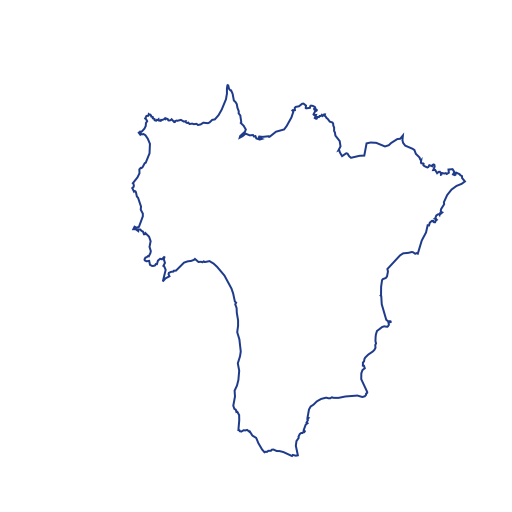 the district of Bangka Barat, Bangka-Belitung, Indonesia, rotated 296°
{"feature_id": "22746128B47433230053131", "entity_name": "Bangka Barat", "entity_type": "district", "adm_level": 2, "iso_a3": "IDN", "parent_name": "Indonesia", "parent_adm1": "Bangka-Belitung", "projection": "orthographic", "projection_center": [105.522, -1.841], "detail": "fine", "context": "isolated", "style": "outline", "palette": "blue", "viewbox_px": 512, "rotation_deg": 296, "n_neighbors": 0, "source": "geoboundaries", "source_scale": "gbopen_adm2", "svg_char_len": 6120}
<svg xmlns="http://www.w3.org/2000/svg" viewBox="0 0 512 512"><g transform="rotate(296 256 256)"><path d="M407.4,226.3L406.1,225.9L404.2,227.0L403.2,225.0L402.7,224.9L402.2,226.3L396.1,227.1L386.4,226.6L382.1,225.8L376.5,219.5L369.2,216.0L368.8,215.5L369.2,214.9L366.0,209.8L364.8,206.5L364.0,206.5L363.6,207.2L363.8,209.9L362.3,208.3L361.8,204.8L363.5,202.9L362.5,201.9L363.4,200.3L361.7,197.5L361.4,193.0L357.8,191.4L355.2,189.5L356.9,189.2L362.9,191.6L365.2,191.4L367.6,187.9L368.9,184.0L369.8,184.1L375.4,180.3L376.6,177.9L378.6,177.0L381.0,174.4L384.0,172.2L385.3,170.3L386.1,167.9L391.5,163.9L393.9,161.1L393.6,160.6L394.4,158.5L397.1,156.3L397.2,155.7L396.9,155.5L393.9,156.4L389.2,158.7L383.7,160.3L372.4,161.0L366.1,160.6L360.7,159.1L359.2,157.0L355.7,155.7L354.3,154.6L352.7,150.2L350.0,148.6L348.3,146.4L348.7,144.6L347.2,142.3L347.0,140.6L345.5,138.4L346.2,136.6L345.5,136.1L345.3,135.1L345.7,133.9L346.3,133.7L345.2,132.3L345.4,128.8L343.0,126.0L342.9,125.2L341.6,124.0L340.8,124.3L340.5,123.8L341.9,120.2L340.6,119.7L339.6,118.4L339.5,117.7L340.4,116.6L340.2,114.9L339.5,114.8L339.9,113.9L339.0,113.7L337.2,112.1L336.7,111.0L335.7,111.1L335.2,109.4L336.2,108.5L335.1,108.1L334.9,107.2L333.8,106.9L333.6,105.4L334.6,104.8L334.5,102.9L335.6,102.4L335.4,100.7L336.3,100.1L336.7,98.8L336.3,98.3L336.5,97.4L334.8,97.7L333.9,96.2L331.0,96.1L330.9,97.0L329.5,99.1L327.3,98.8L324.5,99.9L321.6,99.9L317.8,98.8L316.9,98.1L317.0,97.5L316.2,97.5L316.1,96.9L315.4,96.6L314.3,98.8L315.4,99.2L315.3,100.2L316.3,101.4L316.1,103.6L314.0,107.3L310.3,111.5L301.6,115.3L291.5,116.0L290.7,115.3L286.1,115.1L284.8,114.5L284.7,113.8L282.7,113.2L279.3,115.0L274.7,115.0L267.4,113.4L267.1,114.3L265.8,115.3L264.6,115.7L262.8,115.0L260.4,118.1L261.1,118.3L261.3,119.2L260.7,120.1L257.2,122.9L256.7,124.4L250.0,131.0L247.1,132.1L244.5,135.7L242.0,136.9L230.9,138.0L229.1,136.3L229.1,134.0L226.3,134.0L227.3,136.1L226.8,139.2L228.3,138.6L229.1,140.3L228.4,142.1L228.4,143.7L226.4,145.8L226.9,146.6L228.1,146.6L226.5,151.4L223.1,154.8L217.5,156.3L214.3,159.3L212.4,159.8L208.7,159.8L208.7,159.0L206.9,158.2L206.1,157.3L204.1,157.3L203.3,158.0L203.3,160.0L204.8,162.1L201.6,164.6L201.5,167.1L202.4,168.5L203.3,169.4L204.8,169.5L205.2,170.5L208.9,169.9L211.5,171.1L211.8,172.9L215.5,174.1L212.6,174.6L209.9,177.2L206.5,177.1L206.4,178.1L203.9,180.9L192.3,183.4L196.3,184.5L199.8,187.1L201.4,185.3L202.7,185.1L204.6,186.7L205.8,188.6L206.7,188.6L207.8,190.5L218.5,194.2L221.3,197.0L223.1,199.8L225.4,202.0L226.6,202.4L225.4,206.9L226.7,209.1L226.9,210.6L228.3,211.4L228.0,212.3L228.5,213.2L231.0,216.4L230.6,221.2L229.2,225.8L224.6,236.2L216.0,248.2L212.3,251.9L205.9,256.9L205.3,258.6L203.5,258.5L200.7,261.4L196.6,263.6L190.3,268.1L185.4,270.5L179.3,272.5L173.8,277.6L163.4,284.2L158.8,285.6L151.6,286.7L145.5,291.2L136.9,294.5L131.2,295.7L125.6,295.8L120.5,298.7L111.5,301.2L109.1,303.6L109.0,305.2L107.2,306.8L107.8,307.5L105.6,310.6L100.9,313.0L91.8,316.5L92.1,317.5L91.4,318.2L91.8,319.8L94.0,321.3L94.5,322.8L95.8,324.3L95.0,327.6L95.4,327.6L93.0,331.5L92.6,335.9L88.8,340.2L84.8,346.2L83.3,349.7L84.4,350.6L84.7,351.7L86.3,352.5L87.5,354.8L88.8,355.1L89.7,356.5L89.8,360.1L91.0,362.7L91.8,366.6L92.0,376.0L93.3,376.3L94.0,379.4L95.2,381.0L102.9,375.0L107.4,373.5L111.2,374.1L112.3,373.4L115.3,373.4L116.8,374.3L117.3,375.4L119.3,375.9L119.1,376.6L119.9,376.7L120.3,375.2L126.3,374.6L128.3,375.6L128.6,374.4L131.3,374.6L131.9,373.6L133.5,374.2L133.5,373.1L141.3,370.9L144.7,371.1L147.5,372.8L152.0,374.4L156.1,377.2L159.4,381.1L160.0,383.8L160.7,385.1L162.3,386.2L162.4,387.6L164.6,392.3L168.9,397.9L175.0,408.3L175.9,413.4L177.6,415.3L179.6,415.8L180.6,415.3L181.8,415.9L182.5,415.6L191.4,404.6L196.7,402.1L200.2,401.7L202.8,403.0L204.7,401.1L204.3,400.1L207.2,398.8L208.5,399.3L211.1,398.6L212.6,398.7L216.6,400.1L221.5,402.9L223.7,403.6L225.9,403.6L228.3,402.2L230.1,402.2L231.8,400.7L235.4,399.1L237.9,398.2L241.6,397.6L247.5,400.5L249.0,402.1L249.9,405.0L250.6,405.4L252.4,405.6L254.1,404.3L255.7,406.0L256.2,405.7L256.2,405.1L255.2,403.3L255.8,401.0L267.7,390.2L274.8,386.2L275.1,385.4L275.5,385.6L283.3,381.9L289.5,379.9L290.8,380.1L293.1,382.3L295.1,382.7L299.9,381.4L301.9,379.8L319.7,385.2L322.9,387.1L325.7,391.7L327.9,394.3L328.2,395.7L327.8,398.1L329.0,399.1L329.0,400.4L342.6,398.2L351.7,398.5L358.9,396.8L359.3,398.1L362.2,397.6L364.7,398.7L365.3,399.8L364.6,400.1L364.4,401.3L364.9,402.2L366.2,402.0L367.7,402.6L367.9,400.8L368.4,401.4L369.0,400.5L371.4,400.3L373.1,401.2L373.9,402.2L373.4,403.0L374.9,402.7L374.9,403.5L376.8,404.3L376.8,403.0L377.4,402.3L379.5,401.8L385.0,402.4L386.7,401.3L394.6,401.1L401.4,402.6L406.9,405.5L411.0,409.2L414.6,411.1L416.4,407.1L418.1,406.1L418.2,404.1L418.8,403.2L418.7,399.5L417.9,399.1L416.6,399.7L415.8,399.2L415.7,397.3L418.5,397.4L420.2,394.6L418.1,391.1L415.4,392.8L413.8,391.8L413.3,391.4L413.7,390.3L412.7,389.1L412.1,386.7L410.4,386.9L410.1,386.6L411.3,386.0L412.3,384.3L411.7,383.3L409.8,382.5L411.9,379.3L410.9,377.6L414.6,377.4L416.1,376.4L416.2,375.6L415.3,374.8L413.9,375.1L413.6,372.0L411.5,371.9L410.7,371.2L410.6,367.8L411.1,366.5L412.3,366.3L412.5,365.7L411.8,363.9L412.4,363.2L414.5,362.5L414.1,362.4L415.4,360.5L416.2,359.9L417.9,354.9L420.7,351.9L421.0,349.7L420.6,341.7L422.2,338.6L424.2,336.9L428.7,335.2L424.6,334.2L423.0,331.7L416.8,327.9L413.8,326.8L411.0,323.9L410.4,314.4L408.2,309.2L405.7,306.0L393.7,309.3L391.5,305.2L385.9,298.3L386.5,296.0L388.1,293.4L387.9,292.1L383.5,289.6L385.8,286.1L387.7,284.2L387.2,283.8L391.6,283.9L396.0,280.8L399.0,274.6L401.6,272.8L402.6,271.4L405.7,269.9L407.1,268.3L408.8,267.3L409.5,266.2L409.1,263.4L410.6,260.5L411.1,258.5L411.9,257.5L412.2,256.1L413.5,255.9L413.2,255.2L411.1,254.5L411.7,253.3L410.2,252.9L409.7,251.8L408.5,251.7L407.8,250.2L406.2,250.4L405.7,249.9L405.8,248.3L409.1,248.1L408.2,246.4L408.5,245.6L411.7,245.7L413.1,246.7L413.8,246.7L414.1,245.8L413.2,245.0L413.2,244.2L413.7,243.7L415.2,244.2L415.8,243.5L415.8,241.2L415.3,239.5L414.5,239.1L412.8,239.5L410.7,236.4L410.8,235.8L413.1,235.0L413.8,231.9L413.0,230.7L409.4,229.0L407.4,226.3Z" fill="none" stroke="#1e3a8a" stroke-width="2"/></g></svg>